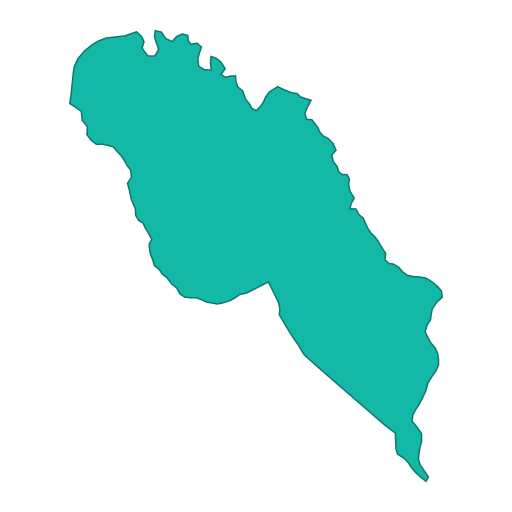 Centralina, Minas Gerais, Brazil
{"feature_id": "56859067B37414824409198", "entity_name": "Centralina", "entity_type": "district", "adm_level": 2, "iso_a3": "BRA", "parent_name": "Brazil", "parent_adm1": "Minas Gerais", "projection": "robinson", "projection_center": [-49.157, -18.655], "detail": "fine", "context": "isolated", "style": "filled", "palette": "teal", "viewbox_px": 512, "rotation_deg": 0, "n_neighbors": 0, "source": "geoboundaries", "source_scale": "gbopen_adm2", "svg_char_len": 2615}
<svg xmlns="http://www.w3.org/2000/svg" viewBox="0 0 512 512"><path d="M136.6,31.8L124.5,36.0L106.3,38.0L98.2,41.1L92.4,44.6L84.4,51.0L77.8,59.0L74.4,66.3L73.5,71.2L70.9,96.1L69.8,103.5L75.6,107.3L81.3,111.4L82.2,120.2L87.4,126.8L86.9,134.6L91.3,140.5L96.6,144.4L102.1,144.1L107.2,145.2L113.2,146.8L117.3,151.6L120.7,155.1L124.1,160.0L127.3,165.9L130.6,169.9L131.5,177.1L127.5,183.4L129.4,190.4L131.2,199.0L133.4,204.1L135.4,208.9L135.8,215.5L138.6,220.4L143.0,222.9L144.9,227.3L148.6,233.4L151.8,239.5L149.2,243.9L149.6,250.1L150.6,254.8L152.7,259.7L154.5,265.7L159.2,269.4L162.0,273.7L167.0,277.7L171.6,283.8L176.9,288.3L180.1,294.1L184.8,297.1L190.4,297.8L196.5,297.8L201.5,299.7L206.7,302.1L212.7,303.1L217.1,304.0L221.5,303.2L226.1,301.9L231.0,300.2L235.4,297.6L239.5,294.6L247.1,292.8L263.1,284.6L268.4,281.9L278.7,302.7L279.9,309.3L279.3,314.8L290.2,333.1L297.9,344.4L304.2,354.8L317.8,367.0L326.8,374.8L384.7,425.0L395.3,433.1L396.0,448.5L397.4,454.0L404.6,458.7L408.4,462.8L411.2,467.3L415.9,472.8L421.2,477.6L426.0,481.3L428.4,477.1L424.0,470.4L420.2,464.9L418.4,459.3L419.1,452.6L420.2,446.6L421.6,441.6L421.5,433.5L418.1,428.7L415.4,425.0L412.2,421.3L412.7,415.2L415.9,409.2L418.9,404.8L421.8,399.2L425.6,391.3L428.1,382.8L432.5,375.6L436.1,370.6L438.5,365.1L438.5,359.4L437.6,353.3L435.2,348.0L430.4,342.4L427.2,336.1L425.1,331.8L427.0,325.2L430.5,319.9L431.1,314.9L432.3,308.8L437.1,301.8L442.2,297.3L441.5,291.2L437.8,286.7L433.5,283.1L429.3,280.1L425.4,277.9L419.6,277.0L413.3,276.6L407.4,275.3L402.8,272.1L398.8,267.3L393.5,264.1L388.9,263.4L385.0,259.9L385.7,253.5L382.0,247.9L377.8,240.7L374.6,236.5L370.7,232.8L367.6,228.0L365.4,223.0L363.0,218.0L358.9,214.6L355.9,209.0L349.9,208.7L351.2,203.4L354.2,198.3L349.9,190.9L348.7,184.3L349.4,178.9L347.1,174.6L342.5,174.6L338.8,172.0L337.1,166.5L333.3,161.7L331.9,155.0L336.0,150.2L333.1,143.6L328.1,138.5L323.4,136.1L320.3,132.9L317.5,127.1L311.8,119.7L306.7,119.4L304.8,113.6L307.3,107.3L311.0,100.3L305.7,98.7L300.5,96.9L297.2,93.6L291.2,92.6L283.4,89.5L277.7,86.6L273.2,89.5L269.0,92.4L265.6,97.1L263.5,101.9L260.7,106.1L256.4,110.5L252.0,108.5L249.7,104.3L245.7,99.3L242.7,91.0L237.7,86.8L236.0,81.7L235.5,75.9L230.1,76.1L225.7,77.3L221.0,74.6L225.2,68.7L221.0,62.1L215.9,58.1L211.1,56.5L210.4,62.1L211.3,70.0L204.6,69.8L198.7,66.3L197.8,58.9L199.4,53.1L201.4,47.0L197.0,43.2L190.8,44.3L188.2,40.5L187.9,35.6L182.5,33.9L176.5,36.6L172.1,41.6L165.6,38.5L161.4,32.1L155.2,30.7L154.5,36.6L156.2,42.4L158.7,49.3L154.8,56.0L148.1,56.0L144.9,52.2L142.1,48.0L144.0,41.9L141.6,36.6L136.6,31.8Z" fill="#14b8a6" stroke="#0f766e" stroke-width="1.5"/></svg>